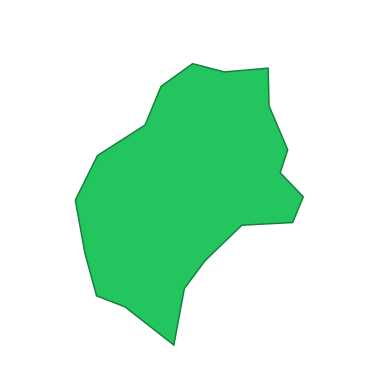 an SVG outline of Kosovo Polje, rotated 136°
{"feature_id": "KOS-5898", "entity_name": "Kosovo Polje", "entity_type": "District", "adm_level": 1, "iso_a3": "XKX", "parent_name": "Kosovo", "parent_adm1": "", "projection": "equal_earth", "projection_center": [21.026, 42.608], "detail": "fine", "context": "isolated", "style": "filled", "palette": "green", "viewbox_px": 384, "rotation_deg": 136, "n_neighbors": 0, "source": "natural_earth", "source_scale": "10m", "svg_char_len": 406}
<svg xmlns="http://www.w3.org/2000/svg" viewBox="0 0 384 384"><g transform="rotate(136 192 192)"><path d="M179.2,133.5L230.4,133.5L264.5,127.9L311.4,94.5L320.0,155.8L332.8,183.6L311.4,222.6L281.6,267.2L234.7,283.9L179.2,272.8L140.8,289.5L102.4,283.9L85.4,256.0L51.2,228.2L76.8,200.3L93.9,155.8L115.2,144.6L115.3,111.2L140.8,100.1L179.2,133.5Z" fill="#22c55e" stroke="#15803d" stroke-width="1.5"/></g></svg>